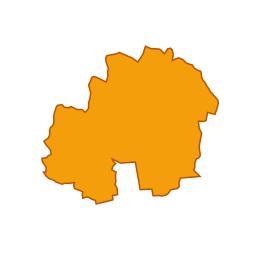 outline of Nova Petrópolis, Rio Grande do Sul, Brazil, rotated 342°
{"feature_id": "56859067B53198529950841", "entity_name": "Nova Petrópolis", "entity_type": "district", "adm_level": 2, "iso_a3": "BRA", "parent_name": "Brazil", "parent_adm1": "Rio Grande do Sul", "projection": "equal_earth", "projection_center": [-51.1, -29.372], "detail": "fine", "context": "isolated", "style": "filled", "palette": "amber", "viewbox_px": 256, "rotation_deg": 342, "n_neighbors": 0, "source": "geoboundaries", "source_scale": "gbopen_adm2", "svg_char_len": 1900}
<svg xmlns="http://www.w3.org/2000/svg" viewBox="0 0 256 256"><g transform="rotate(342 128 128)"><path d="M44.0,114.5L44.7,118.1L47.4,125.0L46.7,129.5L43.4,129.7L41.3,131.2L39.3,130.7L36.8,130.3L36.2,133.6L38.1,140.4L36.2,144.5L34.0,143.9L35.1,148.1L37.2,151.6L41.1,154.6L42.8,157.1L48.0,161.1L50.4,161.0L55.1,162.5L57.7,162.9L60.2,163.4L58.6,165.8L58.5,169.2L60.2,170.5L65.2,174.5L63.8,177.7L63.3,180.8L67.4,180.8L69.4,182.1L72.0,185.0L74.6,186.7L74.3,190.4L87.5,191.4L91.4,191.7L92.4,187.4L97.4,188.2L98.8,183.2L99.0,180.5L98.0,177.6L99.6,176.0L101.5,169.1L103.1,166.3L99.7,162.7L101.8,159.7L105.3,158.1L103.7,155.4L103.4,152.6L109.9,159.0L124.5,162.7L123.5,169.3L121.6,183.4L120.5,190.4L122.7,191.0L131.8,193.5L130.9,200.2L136.1,201.6L139.8,203.3L144.4,203.3L146.5,202.4L149.4,199.9L156.2,200.8L158.5,199.6L159.6,195.6L162.3,191.8L181.5,196.3L177.4,188.3L179.2,186.4L180.9,181.7L183.4,178.6L185.8,178.4L188.3,176.6L189.8,168.0L192.7,162.4L196.4,155.8L195.6,150.0L197.1,143.3L202.1,145.2L204.6,145.0L208.4,137.8L215.0,141.9L219.9,135.1L221.6,132.1L222.0,129.1L220.8,126.2L219.1,122.4L217.8,119.6L217.1,116.3L215.8,111.9L215.3,108.5L214.1,106.0L213.7,102.5L214.4,99.5L214.7,96.6L212.2,94.8L209.4,91.4L208.7,88.0L206.3,86.4L203.6,84.4L201.3,79.9L197.8,76.8L191.0,77.4L193.8,72.1L194.2,67.4L193.0,65.2L190.2,65.0L185.5,68.7L183.5,64.2L181.9,62.5L174.1,59.4L169.9,55.6L164.9,62.6L157.6,68.3L153.7,62.8L143.1,53.5L140.0,53.8L135.6,53.3L130.1,52.7L128.4,54.6L127.6,58.4L127.7,65.6L125.8,68.4L125.2,72.0L121.5,77.5L113.2,69.6L111.1,68.4L109.0,68.9L106.8,71.9L103.8,74.9L103.4,82.9L101.2,87.7L98.6,91.4L96.5,97.2L92.1,100.0L90.1,96.3L85.1,94.6L80.6,90.0L78.3,90.4L73.8,88.6L72.4,85.4L68.1,84.7L66.2,86.0L64.7,88.2L62.8,90.6L61.3,93.4L60.3,96.3L59.6,98.8L58.5,101.2L56.7,102.6L54.5,103.4L52.7,106.0L52.1,108.6L50.8,111.2L48.7,113.1L44.0,114.5Z" fill="#f59e0b" stroke="#b45309" stroke-width="1.5"/></g></svg>